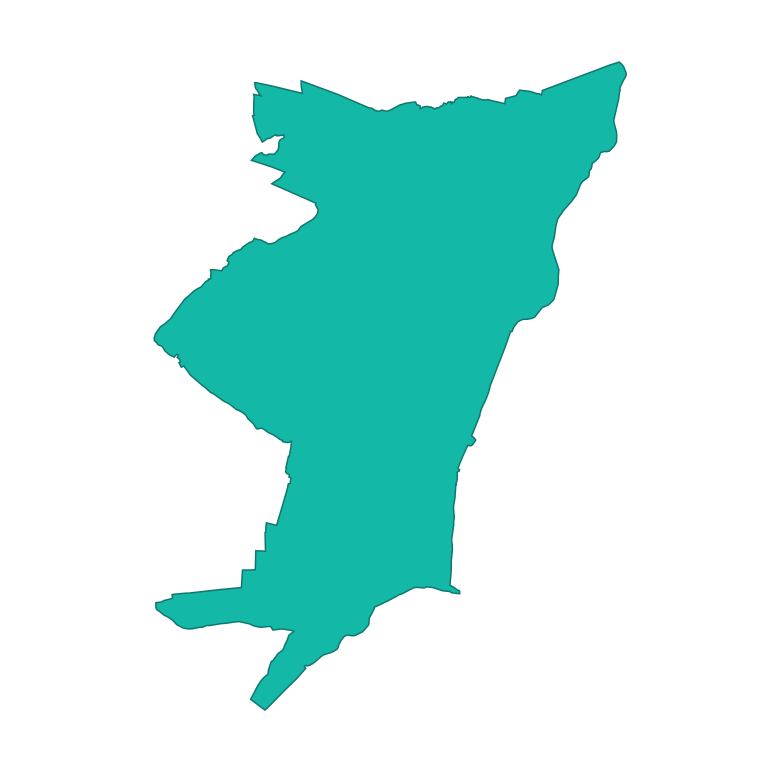 outline of Vulturesti, Suceava, Romania, rotated 272°
{"feature_id": "2599482B79576110645349", "entity_name": "Vulturesti", "entity_type": "district", "adm_level": 2, "iso_a3": "ROU", "parent_name": "Romania", "parent_adm1": "Suceava", "projection": "mercator", "projection_center": [26.409, 47.519], "detail": "fine", "context": "isolated", "style": "filled", "palette": "teal", "viewbox_px": 768, "rotation_deg": 272, "n_neighbors": 0, "source": "geoboundaries", "source_scale": "gbopen_adm2", "svg_char_len": 6152}
<svg xmlns="http://www.w3.org/2000/svg" viewBox="0 0 768 768"><g transform="rotate(272 384 384)"><path d="M688.1,609.3L698.2,613.8L699.1,614.6L701.9,615.3L703.6,615.0L709.4,612.5L711.7,610.6L714.0,607.9L710.6,598.4L682.8,531.9L681.1,532.0L678.3,531.1L679.4,529.2L679.6,526.4L681.3,520.8L681.7,517.7L682.4,509.2L681.9,509.2L679.7,507.4L676.8,506.1L673.7,495.5L668.4,495.0L671.3,479.8L671.9,478.5L671.4,475.2L671.5,472.0L672.5,468.5L672.9,468.1L672.8,467.5L673.1,466.9L674.0,463.4L674.1,462.2L674.8,461.4L674.8,460.8L673.5,460.4L673.4,459.0L674.2,458.2L674.1,457.5L672.8,456.6L673.3,455.7L673.0,448.3L671.4,446.7L670.8,445.3L668.0,444.4L667.9,443.9L668.2,442.9L666.6,441.7L668.2,441.2L668.5,440.9L667.9,439.4L668.2,438.5L665.7,436.6L666.7,435.3L666.7,433.8L664.4,432.8L663.4,430.5L662.3,430.0L661.8,427.2L661.2,426.0L660.5,425.3L661.4,423.9L662.4,421.2L662.6,420.4L662.2,419.4L663.0,417.9L662.6,416.5L662.7,415.5L662.1,413.2L660.9,411.9L660.5,410.5L662.3,410.7L663.2,410.4L663.9,408.8L664.2,407.0L666.9,405.7L667.0,405.3L665.3,395.7L664.3,393.0L663.6,390.4L657.7,380.2L656.6,377.2L657.6,372.6L657.3,371.3L656.3,370.0L657.1,365.0L657.4,365.2L659.2,362.1L659.5,359.2L671.8,327.7L684.1,290.6L678.9,290.9L671.6,292.3L677.9,261.6L680.7,245.6L680.6,244.3L677.6,244.7L675.1,245.4L671.6,248.1L669.4,249.2L667.8,250.9L668.9,243.6L667.4,244.1L652.1,244.2L648.5,244.7L648.1,245.0L647.7,243.3L629.9,248.6L625.1,251.9L621.6,253.9L622.7,255.8L624.9,258.3L625.8,261.7L628.5,265.4L629.3,268.1L628.2,268.5L629.3,275.1L628.2,275.6L626.4,275.1L624.6,272.0L623.8,271.2L621.1,270.5L616.7,270.5L614.6,270.0L610.5,267.1L610.0,266.5L609.7,264.5L609.8,260.8L608.6,259.0L608.9,255.6L610.6,254.3L610.9,253.7L610.8,253.1L608.1,248.5L607.0,247.1L602.9,243.7L596.7,265.2L592.1,277.7L589.9,275.6L586.3,273.4L580.2,264.8L562.4,309.5L560.7,309.2L556.6,311.7L555.4,312.0L552.1,311.6L548.3,309.2L545.8,306.8L538.7,295.7L534.3,292.6L532.9,290.5L530.9,286.0L527.9,280.6L527.0,277.9L525.9,275.7L524.7,273.8L521.5,270.1L520.5,267.1L520.1,264.9L520.0,263.1L521.3,261.2L521.9,259.5L523.5,256.3L524.0,252.9L525.1,249.3L523.2,248.5L521.5,247.1L520.9,244.9L518.6,241.5L516.0,238.2L513.9,236.5L513.0,235.4L512.5,233.2L510.0,228.8L508.2,227.7L506.1,224.6L505.4,224.0L504.5,224.2L503.5,223.4L501.7,222.9L500.4,224.6L499.2,224.5L496.6,223.3L494.5,219.4L491.5,217.9L492.3,209.3L492.1,206.7L489.2,207.2L482.9,207.1L482.8,204.8L481.2,204.6L480.3,202.3L475.2,198.4L474.4,197.4L472.5,193.9L470.1,190.6L464.4,184.8L462.1,182.1L449.0,173.0L441.6,168.3L436.4,162.6L433.2,158.4L426.3,153.9L421.7,152.7L419.2,153.1L417.3,155.4L415.6,156.6L415.1,157.3L414.6,159.3L413.8,160.8L412.6,162.0L409.8,163.6L408.7,164.7L407.9,166.1L407.1,166.7L405.7,168.5L403.5,173.4L406.4,175.8L405.7,177.4L403.2,176.4L401.9,178.3L400.8,179.2L399.0,179.6L398.2,178.3L393.7,180.9L395.0,183.4L386.1,190.2L376.3,202.4L374.2,205.5L369.6,210.8L368.8,213.0L360.7,225.4L360.0,227.5L358.3,230.6L352.9,238.0L353.3,238.9L352.7,239.4L350.5,243.8L348.1,247.0L344.6,249.2L339.9,254.6L334.7,258.3L334.8,260.0L335.6,262.6L335.4,263.9L333.0,267.9L331.5,269.8L330.9,271.6L329.3,275.1L326.1,280.5L325.0,281.9L324.4,283.2L324.2,284.6L322.8,284.6L322.1,289.3L322.2,290.6L323.5,293.5L317.7,293.2L308.1,291.7L308.3,291.0L296.8,288.9L296.7,289.4L292.6,288.7L290.9,290.5L289.9,292.6L287.6,292.3L287.2,294.2L281.1,293.6L281.0,291.9L275.2,290.9L239.0,281.6L241.1,271.3L238.0,271.0L231.8,271.0L231.5,270.3L212.6,271.4L212.9,267.8L212.8,261.7L194.0,261.9L193.5,257.5L193.1,249.1L175.6,248.6L172.8,227.0L168.3,196.9L167.9,191.7L166.5,181.1L166.1,179.5L162.9,180.2L162.2,179.2L161.5,177.4L160.0,171.8L158.5,169.2L158.1,168.0L157.6,163.7L155.1,163.7L152.3,163.9L151.0,164.5L150.3,165.2L148.8,167.7L145.4,172.1L143.2,176.9L140.3,181.3L136.3,185.2L133.3,191.4L132.7,194.0L132.4,197.4L132.8,201.6L134.3,207.7L134.7,211.5L136.4,215.0L136.6,218.6L138.9,230.0L139.3,234.3L141.0,243.4L141.5,247.5L139.5,258.2L137.9,261.8L136.9,266.6L136.6,270.2L137.8,278.3L137.1,279.8L136.4,280.0L134.2,281.6L135.6,289.8L135.5,292.2L134.5,299.7L133.8,302.5L133.2,302.3L131.3,299.6L129.6,297.7L124.8,296.2L118.3,293.4L117.0,293.3L115.4,292.5L113.9,291.4L110.9,287.5L104.0,282.9L102.9,281.3L101.8,280.6L93.3,278.3L91.5,278.5L91.2,278.2L89.8,278.0L86.5,274.2L83.7,271.9L81.6,270.5L78.5,268.6L64.2,261.7L54.0,276.3L57.4,279.9L74.6,295.6L85.6,306.2L97.0,315.7L98.2,314.7L99.5,314.3L99.9,315.9L99.6,316.6L99.7,317.3L100.3,319.7L101.3,320.8L101.6,321.9L105.8,326.9L109.7,330.9L111.6,333.9L113.4,339.6L115.0,342.9L117.3,346.3L119.0,347.3L122.4,348.1L125.7,349.8L129.6,352.5L131.1,354.3L131.8,355.7L131.3,360.8L131.4,362.5L131.9,364.4L135.7,371.4L142.3,376.8L143.9,377.3L149.4,377.4L155.0,380.2L159.2,382.1L160.8,382.4L162.2,385.5L168.2,396.8L171.8,403.2L174.1,406.7L174.6,408.6L181.6,421.2L181.9,425.0L181.5,430.8L181.6,431.4L182.4,432.8L182.7,435.0L182.4,438.7L181.9,441.2L179.4,449.9L178.9,456.9L177.7,458.8L177.7,460.1L177.1,465.1L177.1,467.0L180.0,466.7L180.6,464.7L183.2,460.9L185.2,456.9L199.3,457.7L209.9,457.4L220.8,458.2L225.6,457.8L230.2,457.0L246.1,458.6L248.5,458.4L252.8,458.9L263.7,457.7L272.6,458.9L285.3,459.3L285.5,459.7L286.2,459.9L286.5,459.4L291.3,460.6L298.5,460.2L299.3,462.0L300.5,462.5L301.1,462.5L302.0,460.9L302.4,460.8L313.9,465.0L325.7,469.9L325.2,472.6L325.7,474.0L329.1,476.5L331.0,477.5L331.7,477.4L333.8,475.3L334.9,473.5L337.0,473.9L339.0,474.8L355.7,480.8L358.0,481.0L363.1,482.4L371.2,486.0L378.0,488.4L383.2,489.8L385.7,490.1L425.2,503.8L440.6,508.6L440.6,509.4L441.1,510.2L445.1,511.6L450.9,515.6L453.2,519.9L453.6,521.7L453.7,524.8L454.6,529.0L455.9,531.9L456.5,532.6L465.5,539.1L466.2,540.0L467.6,543.3L469.2,546.0L474.1,550.7L489.7,554.6L498.5,554.5L504.3,554.8L523.3,547.9L526.5,547.2L529.3,547.3L536.1,549.0L547.7,550.3L554.9,551.7L561.6,556.1L562.5,556.4L573.1,565.1L579.7,569.6L590.2,573.4L593.0,575.0L597.6,580.7L599.1,581.5L604.3,581.9L606.1,583.4L607.5,583.9L611.8,584.4L613.6,586.8L617.0,590.3L619.7,591.5L621.6,591.8L622.9,592.5L624.0,595.9L624.0,598.9L624.7,601.2L630.0,605.8L634.1,607.9L641.1,607.9L644.3,607.4L653.2,604.8L655.6,604.4L677.5,608.7L682.9,609.0L686.3,609.8L688.1,609.3Z" fill="#14b8a6" stroke="#0f766e" stroke-width="1.5"/></g></svg>